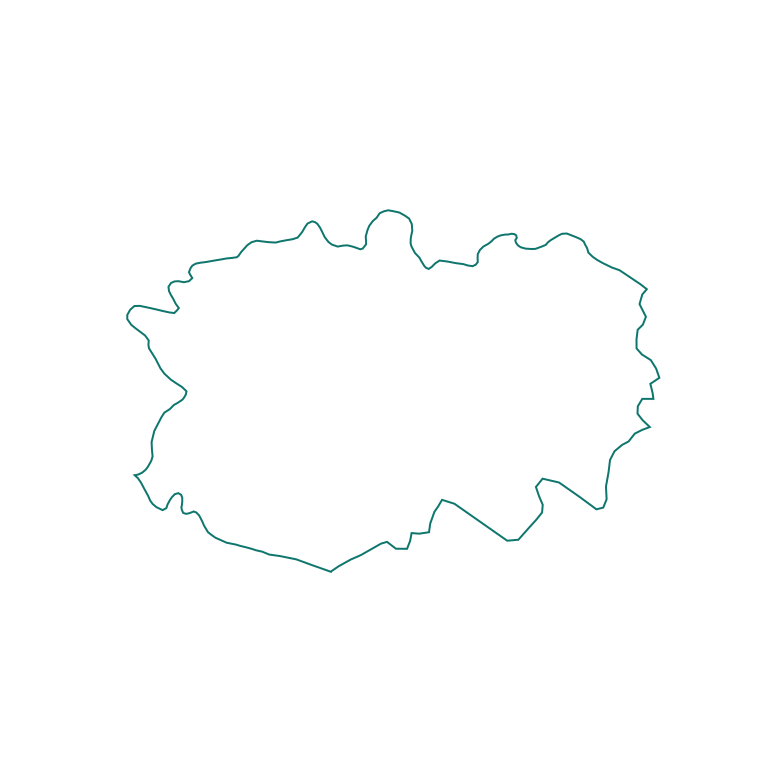 outline of Liozna, Vitebsk, Belarus, rotated 35°
{"feature_id": "67162791B19917337499758", "entity_name": "Liozna", "entity_type": "district", "adm_level": 2, "iso_a3": "BLR", "parent_name": "Belarus", "parent_adm1": "Vitebsk", "projection": "natural_earth1", "projection_center": [30.625, 55.016], "detail": "fine", "context": "isolated", "style": "outline", "palette": "teal", "viewbox_px": 768, "rotation_deg": 35, "n_neighbors": 0, "source": "geoboundaries", "source_scale": "gbopen_adm2", "svg_char_len": 3597}
<svg xmlns="http://www.w3.org/2000/svg" viewBox="0 0 768 768"><g transform="rotate(35 384 384)"><path d="M170.4,488.9L171.1,489.6L182.5,494.4L191.9,499.4L198.1,501.5L207.0,502.7L213.6,502.6L220.4,502.3L226.4,503.3L227.7,506.3L228.0,509.7L227.9,512.3L225.7,518.1L223.9,521.7L223.0,527.3L220.5,533.5L220.7,538.4L221.6,545.6L222.8,554.3L226.9,564.8L231.5,570.8L236.0,576.1L237.4,580.4L238.1,587.2L237.9,591.1L236.7,595.5L234.4,599.4L232.1,601.7L236.5,602.3L241.8,604.3L248.2,607.6L255.3,611.1L259.3,613.6L263.4,615.0L268.3,615.4L275.0,614.3L276.9,610.5L275.8,606.9L275.2,601.8L275.2,598.3L275.8,594.3L278.1,591.4L281.3,591.1L283.9,592.8L286.3,596.2L287.8,598.9L288.8,601.3L290.7,603.1L293.5,604.8L296.5,603.8L298.8,601.3L301.2,597.6L304.0,596.9L307.9,597.7L311.5,599.5L315.1,601.5L317.6,603.1L321.8,605.0L324.7,606.3L329.4,606.6L334.2,606.6L338.7,605.7L346.1,604.3L355.0,600.4L359.6,598.9L364.6,596.9L370.5,594.8L374.3,593.7L380.4,591.2L388.0,589.5L388.1,589.4L397.3,584.7L412.6,578.0L426.5,574.3L448.2,568.3L448.1,568.0L451.4,559.3L457.3,547.1L463.2,537.4L473.1,516.5L477.0,511.6L488.2,512.1L497.4,505.8L495.4,497.5L492.1,490.3L498.7,486.4L505.9,479.6L501.9,471.8L498.6,459.7L498.6,453.4L498.0,445.6L510.4,441.7L532.1,441.7L553.8,441.7L574.8,441.7L583.4,434.5L585.3,418.0L586.6,407.8L587.2,398.6L583.3,391.9L575.4,387.0L567.5,381.2L568.2,370.6L583.9,364.3L609.5,364.3L629.9,364.8L634.5,359.5L632.5,350.8L624.6,340.6L618.6,327.6L612.7,316.5L611.4,306.8L614.0,297.2L617.3,290.9L617.9,280.8L621.8,273.5L626.4,266.8L616.6,265.3L608.7,262.9L604.7,256.7L604.1,248.0L613.2,241.7L609.3,237.4L602.1,231.1L606.0,221.0L598.1,215.3L588.9,211.4L578.4,211.9L570.5,210.0L565.3,202.7L560.7,194.1L562.0,186.9L560.0,178.7L547.5,172.0L544.2,162.4L544.9,156.1L544.9,155.6L536.8,155.2L511.7,155.7L503.7,157.9L493.7,159.5L487.3,160.1L482.0,160.1L476.0,159.1L472.4,156.2L468.3,154.2L466.0,152.8L461.9,152.6L457.3,153.5L447.4,155.9L443.6,158.9L441.8,162.2L438.3,170.0L437.1,173.4L436.7,177.3L434.2,181.2L430.5,186.5L427.1,189.0L422.3,191.9L417.5,193.6L414.0,193.6L410.8,192.4L409.0,190.8L409.0,188.2L407.0,186.4L404.7,186.5L402.4,187.7L400.1,190.2L397.3,192.3L394.3,195.4L392.5,198.0L390.7,202.0L390.3,204.9L389.1,209.2L386.6,214.3L385.7,219.1L386.3,223.8L388.2,226.8L390.9,230.4L390.7,233.6L389.1,236.6L384.8,238.8L380.2,240.3L373.7,243.7L365.5,247.4L358.7,251.0L356.8,255.7L355.9,260.8L354.6,264.1L351.8,264.7L349.3,264.2L344.0,261.9L340.6,260.2L334.2,258.9L327.6,255.6L325.1,253.5L322.6,249.7L321.4,247.3L319.3,242.3L317.1,239.6L315.0,237.0L309.7,234.1L304.7,234.1L298.3,234.7L292.1,237.3L287.8,239.3L284.8,242.7L282.5,246.6L282.6,252.0L281.4,256.9L281.2,262.8L282.1,267.1L284.4,273.6L287.4,277.3L289.2,279.8L288.9,285.2L287.4,287.2L281.6,288.8L278.5,289.8L274.3,291.5L270.9,294.3L267.2,298.0L261.3,299.7L257.0,299.5L251.2,297.7L246.2,294.9L241.9,292.6L237.5,291.0L234.6,291.0L231.8,292.0L229.3,296.5L229.3,300.7L229.8,306.7L229.3,313.5L226.2,317.7L221.8,322.0L217.3,326.6L214.1,330.3L207.6,334.3L197.6,339.6L194.2,343.8L192.4,348.7L191.9,353.0L191.3,358.0L191.3,362.3L190.8,364.5L187.2,367.9L183.3,371.2L178.5,376.0L173.3,381.1L168.4,386.0L163.7,390.3L160.7,393.5L159.1,397.0L159.1,400.2L160.1,404.3L162.3,405.5L166.2,407.2L165.3,411.6L161.7,415.4L156.6,417.7L153.5,420.2L151.6,423.4L151.7,428.0L154.6,431.2L158.0,433.1L163.0,435.4L167.2,437.7L172.4,439.5L172.2,442.3L171.5,446.2L166.9,448.6L159.9,451.5L154.0,453.8L144.9,457.6L139.1,460.1L134.8,463.3L133.5,468.8L134.1,474.7L136.5,478.1L143.1,480.5L149.0,480.9L160.4,481.3L166.3,483.3L168.6,487.1L170.4,488.9Z" fill="none" stroke="#0f766e" stroke-width="2"/></g></svg>